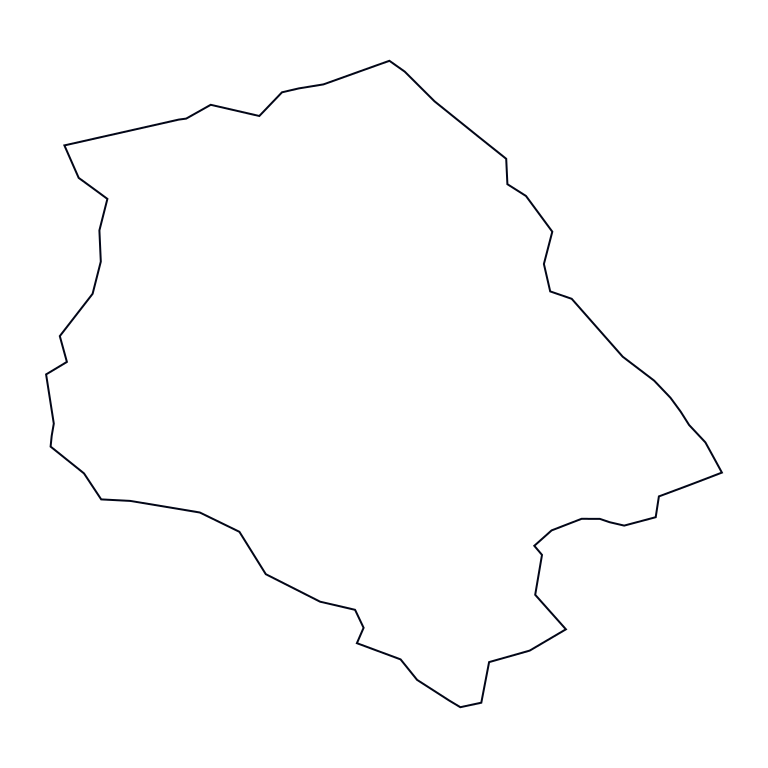 Mo'nxxairxan, Hovd, Mongolia (Equal Earth projection)
{"feature_id": "93677404B78985711680855", "entity_name": "Mo'nxxairxan", "entity_type": "district", "adm_level": 2, "iso_a3": "MNG", "parent_name": "Mongolia", "parent_adm1": "Hovd", "projection": "equal_earth", "projection_center": [91.832, 47.003], "detail": "fine", "context": "isolated", "style": "outline", "palette": "ink", "viewbox_px": 768, "rotation_deg": 0, "n_neighbors": 0, "source": "geoboundaries", "source_scale": "gbopen_adm2", "svg_char_len": 961}
<svg xmlns="http://www.w3.org/2000/svg" viewBox="0 0 768 768"><path d="M460.3,707.2L481.3,702.7L489.1,662.1L529.7,650.6L565.9,629.3L535.2,594.8L542.0,554.9L534.3,545.8L551.6,530.4L581.6,518.8L599.9,518.9L609.6,522.2L624.2,525.6L655.7,517.2L658.9,496.4L690.3,484.7L721.9,472.6L715.1,460.1L705.4,442.4L689.1,425.0L680.7,411.7L670.5,397.8L654.1,380.6L622.7,356.7L571.7,298.8L550.2,291.4L543.9,264.0L552.3,231.7L526.0,196.0L507.4,184.2L506.2,158.8L479.1,137.2L434.5,101.3L404.7,71.6L389.4,60.8L375.9,65.6L323.4,84.4L298.8,88.4L282.0,92.3L259.3,116.0L210.7,104.8L186.2,118.6L178.7,119.6L64.4,145.4L78.7,177.9L89.7,185.9L107.4,198.9L99.4,230.4L100.8,261.6L92.6,293.8L59.8,336.1L66.9,361.9L46.1,374.4L53.8,423.6L51.7,435.8L50.6,446.6L84.0,473.4L101.2,499.4L130.1,500.9L199.8,512.5L239.4,531.8L265.8,574.2L320.1,601.7L355.0,609.8L355.5,610.7L363.6,627.8L356.9,643.2L400.6,659.4L417.1,679.9L449.0,700.4L460.3,707.2Z" fill="none" stroke="#020617" stroke-width="2"/></svg>